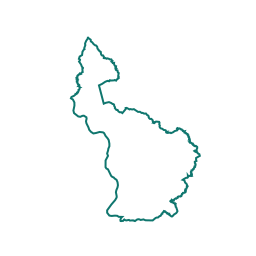 Central Gonja, Northern, Ghana, rotated 65°
{"feature_id": "2480657B60919857809422", "entity_name": "Central Gonja", "entity_type": "district", "adm_level": 2, "iso_a3": "GHA", "parent_name": "Ghana", "parent_adm1": "Northern", "projection": "robinson", "projection_center": [-1.24, 8.941], "detail": "fine", "context": "isolated", "style": "outline", "palette": "teal", "viewbox_px": 256, "rotation_deg": 65, "n_neighbors": 0, "source": "geoboundaries", "source_scale": "gbopen_adm2", "svg_char_len": 5846}
<svg xmlns="http://www.w3.org/2000/svg" viewBox="0 0 256 256"><g transform="rotate(65 128 128)"><path d="M56.2,118.1L55.2,118.7L55.3,119.0L54.4,120.4L53.1,119.7L51.6,120.0L51.4,120.8L50.5,121.2L49.5,121.2L47.5,120.5L47.0,120.7L46.7,121.2L44.8,121.8L44.5,121.6L43.2,122.1L41.3,121.6L39.8,122.0L39.2,122.8L37.5,123.7L35.2,124.2L33.8,125.1L32.2,124.5L30.0,125.8L29.3,125.9L29.2,126.2L29.8,126.5L31.3,129.0L32.7,130.6L33.6,131.4L34.8,131.6L37.1,133.9L38.2,134.1L38.2,134.8L39.6,137.0L42.5,138.8L42.8,141.6L44.6,143.3L45.7,142.6L46.6,143.2L47.1,144.3L50.6,143.7L53.0,143.9L54.5,143.4L55.0,143.8L55.1,144.4L58.1,145.4L58.0,146.0L58.6,147.2L58.5,148.2L59.1,148.0L59.0,148.8L58.6,148.9L58.9,149.2L58.7,150.0L59.1,150.7L59.0,151.3L59.2,151.6L59.4,151.4L60.5,152.7L60.6,153.5L61.3,153.7L61.7,153.1L62.0,153.6L62.3,153.2L62.6,153.4L63.2,153.1L63.7,154.2L64.0,154.1L64.2,154.4L64.0,154.7L64.2,154.8L64.4,154.5L64.6,154.8L65.0,154.8L65.3,154.5L65.8,154.9L66.6,154.8L67.8,154.3L67.8,154.7L68.5,154.5L68.8,155.0L68.9,154.6L69.3,154.8L69.7,154.3L70.7,154.8L71.0,154.5L71.0,154.8L72.3,155.6L72.7,156.1L72.6,156.8L73.7,157.3L74.1,158.2L74.5,158.2L74.8,158.7L74.6,159.1L74.9,159.4L74.6,159.6L75.3,160.3L75.4,160.8L75.1,161.2L75.5,161.4L76.0,163.3L76.0,166.1L77.0,167.2L78.9,165.9L82.2,165.8L85.1,167.1L89.1,170.1L91.7,170.6L96.5,168.2L97.7,166.5L97.7,164.2L98.2,162.8L100.7,161.2L102.1,161.6L104.1,163.2L106.2,163.7L110.7,163.6L113.2,163.9L115.8,163.2L118.3,161.7L119.0,159.1L119.6,155.4L121.4,152.5L122.6,151.8L125.6,151.7L129.0,150.8L130.8,150.6L134.3,151.5L136.7,152.6L138.5,154.6L139.9,155.5L142.3,157.7L144.8,157.9L147.9,162.0L154.0,164.9L155.6,164.7L157.0,163.6L164.2,163.5L165.5,163.0L166.9,161.8L168.1,161.5L170.1,160.3L172.7,160.4L175.6,161.3L177.5,162.7L179.4,164.8L181.1,166.1L185.1,167.1L186.2,167.7L187.9,170.1L190.3,175.4L193.8,181.7L196.0,182.7L199.5,181.9L200.8,180.0L201.9,176.9L203.0,174.9L204.6,173.9L206.1,170.9L206.6,172.3L208.1,173.8L209.2,174.0L209.6,173.2L210.1,171.6L209.4,170.5L209.4,170.0L209.9,169.9L211.0,168.7L211.7,166.0L212.7,165.4L213.8,162.5L214.1,162.4L214.4,161.7L214.9,161.5L215.3,161.0L214.8,158.6L215.0,157.3L215.7,156.2L216.7,155.4L217.4,152.6L219.0,151.2L222.2,144.7L221.2,141.0L221.3,139.8L221.8,138.6L221.2,136.7L221.4,135.6L220.9,135.0L220.6,134.2L220.2,134.0L220.2,133.0L219.4,132.6L219.1,131.5L218.4,130.5L219.2,129.6L219.8,129.7L219.9,129.3L221.7,128.8L221.7,128.4L222.3,128.4L222.3,127.9L222.9,127.1L223.1,127.4L224.0,127.0L224.1,127.3L226.5,126.0L226.8,125.5L226.4,123.9L225.9,123.2L225.5,120.2L224.5,118.5L224.2,118.3L220.3,117.8L219.5,118.1L218.5,117.6L217.7,117.7L216.9,116.8L216.5,117.0L216.5,117.5L216.1,117.4L216.0,117.8L215.3,118.1L215.2,118.6L214.1,118.8L213.8,119.2L212.5,119.8L213.0,120.3L212.3,120.6L212.0,120.3L212.0,119.0L211.6,118.7L212.4,118.2L212.5,117.5L213.0,117.0L212.3,116.4L211.9,114.6L212.3,114.2L212.1,114.0L212.3,113.4L212.2,112.3L211.4,112.0L211.4,111.5L211.5,110.6L212.2,109.6L212.0,109.1L212.3,108.6L212.2,108.3L211.6,108.1L211.2,107.2L210.9,107.3L210.5,106.9L210.6,106.3L210.0,105.6L210.5,104.4L210.1,103.4L210.5,103.1L210.3,102.7L209.5,102.2L209.3,102.9L208.7,102.7L208.7,102.0L207.8,101.9L207.7,100.6L206.5,99.8L206.7,99.6L206.4,99.2L206.3,99.5L205.9,99.4L206.0,98.8L205.4,98.7L205.1,98.9L204.7,98.6L203.0,98.6L202.3,99.1L201.3,99.3L200.1,99.0L198.7,99.6L198.1,100.3L197.9,99.4L197.7,96.2L198.2,95.1L197.8,94.3L196.4,93.8L197.0,93.7L197.3,93.2L197.5,91.9L198.2,91.2L198.4,90.3L197.9,90.3L197.5,90.0L197.3,90.4L196.7,90.1L196.5,90.4L196.0,90.1L196.1,89.6L194.7,89.7L194.6,89.2L194.1,89.2L193.7,88.3L193.4,88.3L193.6,87.4L193.0,87.1L193.0,86.1L192.7,86.0L192.8,85.6L191.9,84.9L191.8,84.2L191.5,84.3L190.9,84.0L191.0,83.3L190.7,82.8L189.5,82.4L189.3,82.0L188.0,82.2L186.8,81.7L186.8,79.9L185.2,79.6L183.9,78.9L183.6,74.7L181.9,74.4L180.5,75.5L179.6,75.4L178.0,77.0L176.8,77.6L176.7,77.1L177.5,75.3L176.6,75.0L175.4,73.7L174.3,73.3L173.0,74.0L173.1,74.4L172.6,74.8L172.7,75.1L172.2,75.6L171.7,75.6L171.3,75.9L171.2,75.6L169.9,75.8L170.0,76.2L169.6,76.4L169.3,76.3L169.2,76.7L168.4,76.8L167.7,77.3L167.7,77.7L167.4,77.7L167.3,78.1L166.5,78.3L166.5,77.9L166.1,77.7L166.1,77.4L164.8,76.9L163.8,77.0L163.6,76.7L163.3,76.7L163.4,77.0L163.0,76.7L162.1,77.0L161.8,76.6L161.4,76.9L160.5,76.5L160.4,76.9L159.3,77.0L159.4,76.5L158.6,76.5L157.2,78.0L156.8,77.7L156.1,78.3L155.7,78.2L155.7,78.8L155.3,78.8L154.9,78.2L154.8,78.7L153.8,79.0L153.8,79.6L152.0,79.9L151.7,80.6L151.2,80.7L150.2,81.4L150.2,82.4L149.0,83.0L149.0,83.6L149.3,84.0L150.5,84.0L150.9,84.3L150.5,87.0L150.9,89.0L150.8,91.2L150.0,91.8L149.0,94.6L148.5,95.0L148.0,94.1L147.7,95.1L147.0,94.8L145.9,94.9L144.9,96.4L143.1,97.3L142.4,98.3L141.1,98.9L140.0,98.8L139.2,98.1L138.1,98.2L136.4,97.2L135.6,97.2L134.0,99.9L134.7,102.2L134.5,102.5L133.9,102.5L133.7,103.0L133.3,102.5L133.2,102.7L132.0,102.7L131.7,102.4L131.1,102.4L129.6,103.0L129.1,104.2L128.1,104.7L126.7,104.7L126.1,104.3L125.1,104.5L124.3,105.2L122.5,105.6L121.7,107.4L120.5,108.3L120.1,109.3L118.4,110.3L117.6,112.1L113.4,114.7L113.0,116.3L111.8,118.0L111.8,118.8L109.2,120.7L108.9,121.7L109.9,122.1L112.1,126.8L110.8,127.5L110.3,128.8L108.9,129.7L107.2,129.8L106.7,130.9L104.4,131.5L103.7,131.0L102.2,131.2L101.1,130.8L100.3,131.0L99.8,131.8L98.3,132.6L96.5,134.3L95.8,137.4L95.7,139.7L77.1,136.3L77.1,133.0L76.5,129.1L76.6,126.7L77.7,125.3L77.6,124.8L77.2,124.8L77.0,124.3L78.0,122.9L79.0,120.3L78.9,119.8L80.0,118.8L79.5,118.2L79.4,117.8L79.4,117.2L78.7,116.3L79.0,115.9L78.8,115.3L78.5,115.4L77.4,114.7L76.8,115.0L74.3,113.2L73.4,113.7L71.4,113.2L70.7,114.1L70.2,114.1L70.0,114.4L68.5,114.2L68.1,113.8L68.3,113.5L67.7,113.6L67.6,113.1L67.0,112.7L66.5,113.4L65.7,113.7L63.9,113.6L63.1,113.1L62.7,114.4L61.9,114.3L61.3,114.7L60.8,114.0L60.5,114.5L60.2,114.0L58.8,114.1L58.0,115.7L57.4,115.9L56.2,117.2L56.2,118.1Z" fill="none" stroke="#0f766e" stroke-width="2"/></g></svg>